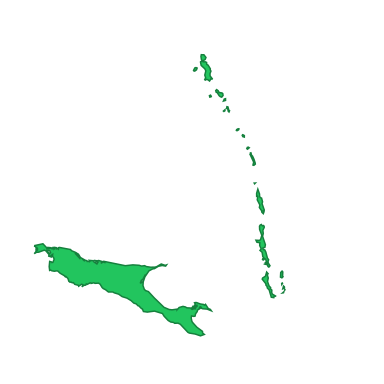 SVG path tracing the border of Sakhalin, rotated 293°
{"feature_id": "RUS-2616", "entity_name": "Sakhalin", "entity_type": "Region", "adm_level": 1, "iso_a3": "RUS", "parent_name": "Russia", "parent_adm1": "", "projection": "robinson", "projection_center": [146.417, 48.915], "detail": "fine", "context": "isolated", "style": "filled", "palette": "green", "viewbox_px": 384, "rotation_deg": 293, "n_neighbors": 0, "source": "natural_earth", "source_scale": "10m", "svg_char_len": 5884}
<svg xmlns="http://www.w3.org/2000/svg" viewBox="0 0 384 384"><g transform="rotate(293 192 192)"><path d="M77.9,71.0L78.1,72.4L78.8,72.2L78.5,71.5L79.7,71.7L79.9,71.4L79.5,70.4L80.6,69.5L80.5,68.4L81.3,68.2L86.1,75.0L84.0,79.8L83.2,80.5L84.6,80.8L85.7,84.3L84.5,81.4L83.8,81.8L84.1,82.8L85.5,84.4L85.1,85.0L86.2,85.5L85.6,85.9L86.8,86.5L85.4,87.3L86.3,87.9L87.2,87.4L87.7,88.3L87.7,89.4L86.8,89.6L87.5,90.5L87.2,91.3L88.7,91.0L89.2,91.7L91.6,102.7L90.9,104.0L90.9,108.6L90.3,111.9L88.4,114.5L88.5,112.5L89.9,111.7L89.2,111.3L90.3,108.8L89.7,108.7L87.1,114.5L88.0,114.3L88.1,115.0L87.6,119.3L87.0,118.6L86.6,119.7L87.4,120.0L87.7,122.1L87.1,122.7L87.7,123.9L87.7,124.8L88.6,125.2L89.0,124.4L90.3,128.5L89.3,129.1L88.6,132.6L90.6,132.9L90.4,131.0L91.1,129.8L91.6,131.6L92.5,132.9L92.9,136.5L92.1,135.9L91.3,136.4L92.9,137.7L93.0,139.4L93.6,139.3L93.7,138.7L93.3,137.3L93.7,137.8L98.1,159.4L101.8,166.0L103.9,172.0L104.1,174.5L105.7,177.2L105.5,179.0L106.6,183.3L108.4,187.3L109.4,188.6L113.7,191.8L114.0,196.0L114.9,197.0L113.5,196.7L112.7,193.3L110.5,190.1L106.7,187.3L105.9,185.9L102.6,183.2L96.0,181.9L96.7,181.3L92.3,180.9L90.9,179.9L88.3,180.0L88.2,180.5L89.6,181.2L89.6,181.8L95.6,181.8L90.3,182.2L86.8,183.4L83.8,186.1L83.1,187.9L83.3,190.8L79.7,198.8L74.9,211.3L74.9,216.8L75.7,219.6L78.4,224.1L77.8,224.3L80.7,225.3L83.2,228.4L83.6,230.8L83.4,232.6L84.9,236.7L84.5,237.0L85.9,237.3L84.3,237.8L84.2,238.4L85.2,239.1L85.8,240.8L87.1,240.5L88.9,241.3L89.7,240.8L89.0,239.8L86.2,239.1L85.8,238.4L86.3,237.8L88.5,238.8L90.3,238.7L91.0,237.6L91.4,238.0L92.0,239.3L92.2,243.5L93.0,246.6L92.7,247.8L93.9,248.3L91.1,252.5L91.1,254.8L90.2,256.2L90.1,251.7L88.7,247.5L88.6,245.7L89.4,245.6L89.7,244.7L89.3,244.2L87.6,244.1L88.1,245.1L85.5,243.2L83.8,243.5L81.4,242.9L78.9,243.3L78.2,242.3L77.7,240.0L75.7,240.5L72.8,242.5L71.8,244.2L69.4,249.4L67.8,256.1L66.3,256.9L65.7,259.0L62.9,256.0L62.5,250.5L61.1,244.6L61.2,243.1L65.7,232.9L65.8,230.3L64.4,227.4L64.7,225.8L64.0,223.3L64.4,220.3L66.8,214.8L68.6,212.3L67.7,204.0L64.0,197.8L63.0,194.0L65.0,192.0L64.9,191.1L66.4,187.5L66.2,186.7L67.2,184.4L67.0,181.8L68.2,178.5L68.9,173.6L68.4,168.6L69.3,164.4L68.8,159.8L69.0,158.2L67.3,154.1L68.3,150.5L68.4,148.1L69.0,146.5L71.2,143.5L71.6,141.6L70.0,138.4L70.1,137.2L68.4,134.8L68.8,134.3L68.5,133.7L66.1,131.7L66.1,130.6L64.8,130.6L64.0,129.2L61.7,127.6L63.9,128.2L64.1,127.6L63.9,126.3L61.0,124.5L61.7,123.9L61.2,120.1L62.2,118.3L61.6,117.2L61.8,115.9L61.3,114.9L61.7,113.5L63.9,111.6L65.0,108.9L64.4,108.6L65.1,107.1L65.7,102.3L66.8,99.3L66.5,98.2L65.3,96.3L64.7,93.8L64.9,92.3L64.2,91.6L67.5,89.7L72.5,88.1L72.7,90.0L72.3,90.5L72.8,91.4L76.1,91.4L77.3,90.5L78.3,88.7L80.2,88.1L78.5,87.0L77.2,87.7L77.0,85.2L79.5,84.7L80.8,85.6L82.3,84.1L82.0,81.9L81.2,81.1L80.0,84.0L78.8,84.3L80.7,80.6L80.8,78.8L76.7,74.4L75.8,72.5L73.6,70.9L76.4,71.7L77.9,71.0ZM188.3,270.0L189.1,271.0L188.6,271.8L187.6,272.3L184.4,272.2L181.7,273.8L178.8,274.3L172.1,280.2L169.5,280.7L168.2,279.2L167.4,279.5L166.8,280.5L167.2,281.5L165.6,283.4L160.7,287.2L159.6,289.0L157.5,289.2L156.4,290.0L154.6,292.6L152.9,292.1L153.1,291.1L154.5,289.7L154.2,288.0L155.4,289.3L156.1,288.6L155.4,287.1L157.1,287.7L159.0,285.9L159.1,285.0L157.6,284.5L157.2,284.1L157.4,283.3L158.2,283.2L159.4,284.0L160.2,282.4L163.9,280.1L164.8,277.4L166.7,277.9L169.2,275.2L171.8,274.3L171.1,271.4L172.6,269.7L173.8,273.0L175.0,273.7L179.4,273.2L183.9,268.9L186.9,267.5L188.2,267.7L189.2,268.5L188.3,270.0ZM316.4,152.2L317.0,153.1L317.0,154.8L315.2,155.7L315.1,157.2L312.6,160.7L311.5,161.1L310.7,162.2L308.0,162.3L305.9,163.3L304.2,166.4L303.7,166.3L303.8,165.3L301.0,164.8L301.5,162.9L301.4,161.5L300.2,160.5L300.4,159.8L302.5,159.9L304.6,158.1L308.9,157.4L310.4,155.7L312.1,151.0L314.7,149.2L315.2,149.0L316.1,149.7L316.4,152.2ZM143.2,292.5L147.5,292.0L146.5,294.0L145.3,293.6L142.6,295.8L139.1,296.5L135.6,299.7L134.8,301.7L133.5,302.1L132.9,303.8L130.7,304.6L129.4,305.8L128.8,310.3L128.7,308.8L128.0,308.4L126.7,308.6L126.1,306.1L132.0,301.3L133.1,298.8L134.4,298.0L135.1,296.5L136.4,295.8L139.2,290.7L140.4,290.6L143.2,292.5ZM216.0,252.0L220.3,251.5L216.6,254.9L214.5,255.9L213.5,257.1L213.6,258.4L210.5,260.8L208.7,261.0L203.6,265.6L202.9,265.7L202.4,265.0L202.0,266.0L199.9,266.1L200.7,264.2L202.0,263.3L204.0,260.1L206.6,259.5L210.3,255.1L213.3,254.4L213.8,253.7L213.3,253.2L216.0,252.0ZM322.0,146.9L323.0,149.3L321.3,152.3L319.0,152.3L317.3,151.0L317.0,150.0L317.5,149.0L320.2,147.3L322.0,146.9ZM294.6,174.2L295.9,174.7L295.4,176.6L294.2,178.1L294.9,180.9L294.6,181.9L292.9,182.9L290.9,182.3L290.8,180.8L291.3,179.3L293.4,176.3L293.2,175.4L294.6,174.2ZM249.5,231.2L250.8,230.5L251.1,230.9L249.1,232.5L248.7,233.7L246.3,236.3L243.3,238.9L242.4,239.4L240.7,238.5L240.6,237.6L243.6,237.1L249.8,230.2L249.5,231.2ZM152.6,305.1L154.4,305.8L153.9,306.8L150.1,308.2L149.6,308.9L148.1,308.3L148.2,306.7L152.6,305.1ZM306.2,148.4L304.5,147.4L304.1,146.7L304.5,145.9L307.3,146.1L308.1,147.0L308.1,148.3L306.2,148.4ZM284.2,190.8L284.4,191.8L281.6,194.0L281.5,194.8L280.1,194.8L280.4,193.9L282.2,192.6L282.5,191.2L284.2,190.8ZM290.2,185.4L291.0,186.4L289.4,187.1L288.0,185.4L290.2,185.4ZM254.7,225.5L255.3,226.3L255.1,227.4L253.1,226.4L253.3,225.5L254.7,225.5ZM263.7,216.1L264.5,216.2L264.6,217.3L264.3,218.2L263.0,218.7L262.8,217.2L263.7,216.1ZM268.3,209.8L268.4,210.6L267.4,210.6L266.0,209.5L266.0,208.8L266.9,208.7L268.3,209.8ZM138.4,313.4L141.2,313.0L140.8,314.1L139.8,314.6L138.4,313.4ZM287.5,170.4L288.4,171.2L287.6,172.4L287.0,172.3L286.3,171.3L287.5,170.4ZM278.8,189.3L280.6,190.2L279.7,190.6L278.6,189.9L278.8,189.3ZM134.5,314.8L136.0,315.5L135.0,315.6L134.5,314.8ZM224.5,245.8L225.0,246.8L224.0,246.4L224.5,245.8ZM143.5,310.6L143.3,311.0L142.0,310.8L142.8,310.3L143.5,310.6ZM138.7,314.9L138.5,315.7L137.5,315.8L138.5,315.3L138.7,314.9ZM78.1,71.0L78.9,70.7L79.1,70.8L78.1,71.0Z" fill="#22c55e" stroke="#15803d" stroke-width="1.5"/></g></svg>